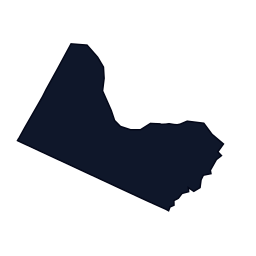 outline of Colbert, Alabama, United States of America, rotated 23°
{"feature_id": "52423323B73272811402688", "entity_name": "Colbert", "entity_type": "district", "adm_level": 2, "iso_a3": "USA", "parent_name": "United States of America", "parent_adm1": "Alabama", "projection": "equal_earth", "projection_center": [-87.711, 34.736], "detail": "fine", "context": "isolated", "style": "filled", "palette": "ink", "viewbox_px": 256, "rotation_deg": 23, "n_neighbors": 0, "source": "geoboundaries", "source_scale": "gbopen_adm2", "svg_char_len": 796}
<svg xmlns="http://www.w3.org/2000/svg" viewBox="0 0 256 256"><g transform="rotate(23 128 128)"><path d="M31.2,182.8L165.6,187.3L175.5,187.6L194.6,188.0L197.7,188.3L197.5,184.3L200.5,181.1L198.6,176.9L201.8,173.0L203.3,167.1L208.7,162.9L206.8,159.3L213.3,160.6L217.6,154.7L215.5,147.1L215.8,142.0L222.2,137.6L220.3,134.7L221.7,122.5L224.8,116.9L220.0,114.8L222.1,105.4L207.8,101.0L195.9,94.0L179.8,98.6L174.5,104.1L172.0,105.8L169.1,106.8L164.1,108.0L161.3,109.7L157.1,111.7L156.7,111.6L155.5,111.8L150.5,113.7L146.9,115.0L140.2,124.7L131.0,128.6L120.4,129.5L112.7,126.3L105.8,118.5L90.1,103.8L86.6,91.6L81.6,81.5L72.4,74.7L57.9,67.7L42.7,72.8L40.0,101.3L37.6,124.5L37.1,132.3L35.9,142.5L32.8,168.3L31.6,180.2L31.4,180.7L31.2,182.8Z" fill="#0f172a" stroke="#020617" stroke-width="1.5"/></g></svg>